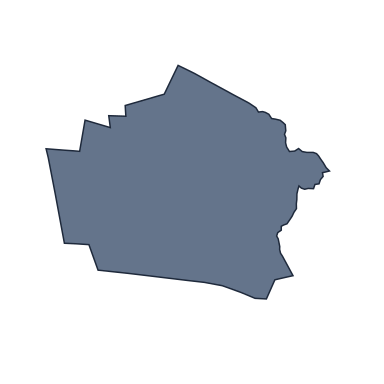 Monsenhor Gil, Piauí, Brazil (Natural Earth projection), rotated 342°
{"feature_id": "56859067B91123658252289", "entity_name": "Monsenhor Gil", "entity_type": "district", "adm_level": 2, "iso_a3": "BRA", "parent_name": "Brazil", "parent_adm1": "Piauí", "projection": "natural_earth1", "projection_center": [-42.544, -5.616], "detail": "fine", "context": "isolated", "style": "filled", "palette": "slate", "viewbox_px": 384, "rotation_deg": 342, "n_neighbors": 0, "source": "geoboundaries", "source_scale": "gbopen_adm2", "svg_char_len": 1278}
<svg xmlns="http://www.w3.org/2000/svg" viewBox="0 0 384 384"><g transform="rotate(342 192 192)"><path d="M262.2,302.8L258.2,281.0L257.3,277.6L257.6,273.7L258.6,271.0L259.5,263.2L258.9,260.0L261.0,257.1L265.1,255.9L266.3,252.2L269.0,251.7L272.5,251.6L277.7,247.6L279.9,245.8L282.6,242.9L286.2,240.1L287.6,235.4L289.4,231.5L291.2,226.2L293.9,221.7L295.6,219.3L297.2,222.1L300.0,224.2L303.6,224.5L306.2,225.5L308.6,226.4L311.3,222.8L315.3,223.5L318.0,219.9L321.5,217.7L322.1,213.9L324.9,214.2L329.2,214.5L327.1,210.3L325.9,204.9L324.6,200.7L323.5,196.7L322.3,194.0L319.5,191.8L313.4,189.8L309.3,187.6L306.8,183.6L302.3,184.8L297.2,183.6L295.9,178.5L296.2,174.1L298.0,169.5L297.8,165.7L300.1,162.8L301.5,156.8L300.1,154.2L298.0,151.0L293.9,148.5L290.4,146.7L289.1,141.8L286.3,138.9L283.9,137.3L279.9,136.5L278.8,131.6L273.8,125.2L261.1,112.0L243.3,93.2L231.0,80.0L217.9,67.3L195.8,90.4L190.6,90.2L161.7,89.3L155.2,89.1L153.8,94.4L152.5,99.5L136.4,93.7L134.2,105.5L112.5,90.6L97.7,118.6L92.0,116.2L83.8,112.9L66.6,105.8L65.9,114.9L61.4,151.2L54.8,201.3L65.7,205.4L77.7,210.2L78.5,237.3L105.6,249.4L116.9,254.6L160.1,274.6L175.9,281.8L191.9,290.5L207.6,302.7L219.1,312.6L229.7,316.7L243.7,301.1L253.9,302.0L262.2,302.8Z" fill="#64748b" stroke="#1e293b" stroke-width="1.5"/></g></svg>